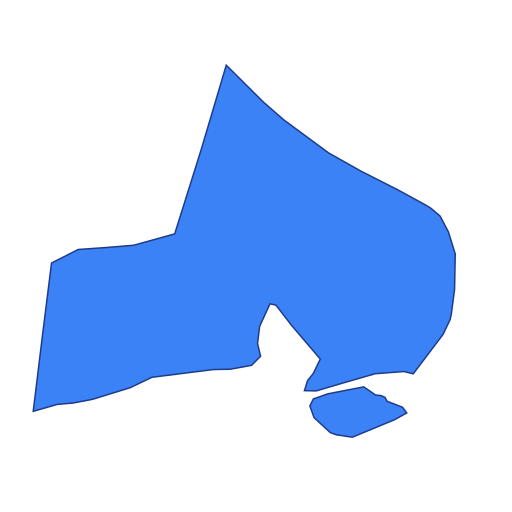 the border of Kuwait, rotated 98°
{"feature_id": "KWT", "entity_name": "Kuwait", "entity_type": "country or territory", "adm_level": 0, "iso_a3": "KWT", "parent_name": "Asia", "parent_adm1": "", "projection": "equal_earth", "projection_center": [47.815, 29.315], "detail": "fine", "context": "isolated", "style": "filled", "palette": "blue", "viewbox_px": 512, "rotation_deg": 98, "n_neighbors": 0, "source": "natural_earth", "source_scale": "50m", "svg_char_len": 960}
<svg xmlns="http://www.w3.org/2000/svg" viewBox="0 0 512 512"><g transform="rotate(98 256 256)"><path d="M440.8,455.0L407.2,455.6L364.7,456.4L330.3,456.9L291.4,457.5L274.3,433.0L268.6,406.2L262.4,378.7L245.4,339.6L188.5,330.1L158.3,325.1L108.5,317.6L71.2,312.0L102.7,269.9L117.4,247.3L143.9,198.3L157.5,163.5L170.7,124.9L182.0,94.9L184.4,89.4L190.9,79.2L205.4,68.8L226.2,59.0L261.5,54.7L286.3,54.5L291.9,54.9L307.5,59.8L350.8,83.9L349.8,93.3L356.0,121.6L369.8,152.5L381.2,177.6L382.6,189.3L372.2,187.6L364.3,182.9L349.1,178.0L319.7,211.2L301.9,229.4L301.4,235.5L325.1,242.6L342.5,242.3L354.6,237.5L364.9,245.2L371.7,265.8L374.4,282.5L390.6,342.2L404.0,362.4L420.7,398.0L427.0,416.5L430.6,432.1L440.8,455.0ZM408.0,176.0L397.0,181.8L389.6,179.3L382.4,165.5L370.6,131.1L377.0,118.3L376.8,112.8L378.0,108.6L381.6,106.0L385.4,89.8L390.4,84.9L398.7,95.8L422.0,135.3L421.9,151.4L420.5,157.9L408.0,176.0Z" fill="#3b82f6" stroke="#1e3a8a" stroke-width="1.5"/></g></svg>